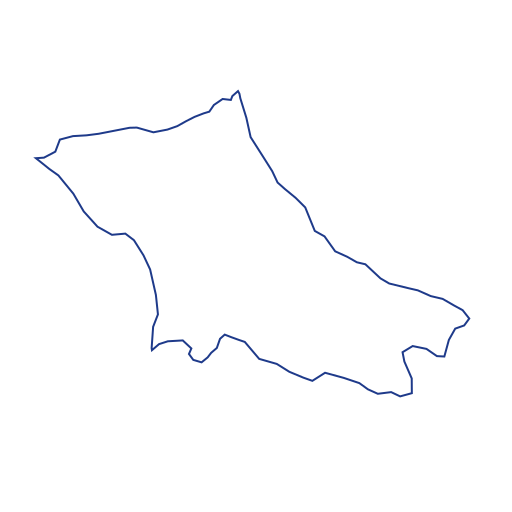 the district of Softades, Larnaca, Cyprus, rotated 259°
{"feature_id": "46923920B50820713995744", "entity_name": "Softades", "entity_type": "district", "adm_level": 2, "iso_a3": "CYP", "parent_name": "Cyprus", "parent_adm1": "Larnaca", "projection": "robinson", "projection_center": [33.542, 34.822], "detail": "fine", "context": "isolated", "style": "outline", "palette": "blue", "viewbox_px": 512, "rotation_deg": 259, "n_neighbors": 0, "source": "geoboundaries", "source_scale": "gbopen_adm2", "svg_char_len": 1389}
<svg xmlns="http://www.w3.org/2000/svg" viewBox="0 0 512 512"><g transform="rotate(259 256 256)"><path d="M183.4,135.9L188.0,144.0L189.1,153.2L187.1,168.0L177.6,174.9L172.6,171.5L166.0,174.6L162.0,182.3L165.7,189.2L169.5,193.5L173.2,200.0L181.6,204.9L184.8,210.3L181.0,216.3L176.7,223.5L173.8,228.6L154.4,239.5L146.1,255.8L136.0,266.6L127.6,279.2L122.7,287.5L128.2,301.5L119.6,318.9L111.5,333.2L103.8,340.4L97.5,349.3L96.6,362.7L90.7,370.7L91.6,382.8L106.1,385.5L124.1,381.5L133.6,381.5L137.7,392.6L132.3,405.6L123.2,414.5L121.4,421.7L136.8,429.3L146.7,437.7L148.1,447.1L151.4,450.7L153.9,453.4L163.4,448.5L169.7,440.9L178.3,431.0L183.3,419.9L191.4,408.3L195.4,399.3L203.6,381.5L210.3,373.9L227.0,361.8L230.6,353.8L237.9,345.3L245.5,334.6L262.2,327.0L269.4,318.5L294.3,313.6L305.5,306.0L316.4,297.0L324.0,291.2L336.2,288.1L351.1,282.3L373.7,273.4L393.5,272.9L413.8,270.7L418.4,270.7L421.3,269.8L417.5,263.3L414.0,261.1L416.5,253.2L412.3,243.5L406.6,237.7L406.0,231.8L404.3,222.3L401.7,213.2L398.5,203.5L397.0,193.2L397.0,178.9L404.8,163.5L406.0,156.3L406.0,137.2L406.0,124.9L406.8,112.6L408.6,99.2L407.7,85.7L396.7,78.9L393.0,66.6L394.0,58.6L380.9,69.7L372.8,77.4L352.0,88.6L332.6,95.4L315.0,106.0L304.3,118.6L302.9,132.0L294.8,139.2L278.1,145.7L263.0,149.5L237.0,150.3L233.3,150.0L217.4,148.6L206.1,141.5L185.6,136.0L183.4,135.9Z" fill="none" stroke="#1e3a8a" stroke-width="2"/></g></svg>